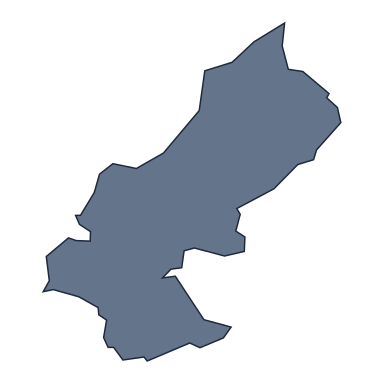 Vraneshtitsa, Vraneštica, North Macedonia
{"feature_id": "65306769B74199760072032", "entity_name": "Vraneshtitsa", "entity_type": "district", "adm_level": 2, "iso_a3": "MKD", "parent_name": "North Macedonia", "parent_adm1": "Vraneštica", "projection": "robinson", "projection_center": [21.041, 41.503], "detail": "fine", "context": "isolated", "style": "filled", "palette": "slate", "viewbox_px": 384, "rotation_deg": 0, "n_neighbors": 0, "source": "geoboundaries", "source_scale": "gbopen_adm2", "svg_char_len": 827}
<svg xmlns="http://www.w3.org/2000/svg" viewBox="0 0 384 384"><path d="M244.3,251.4L244.9,237.0L235.8,231.1L240.2,214.3L236.8,208.5L273.9,188.8L297.8,164.5L313.6,159.7L316.5,150.0L340.8,122.6L337.4,107.5L326.7,97.8L329.0,93.6L302.8,71.5L288.3,69.3L282.2,46.0L284.6,23.0L254.0,41.8L232.1,62.3L204.8,70.8L199.2,110.6L163.5,153.0L136.4,168.5L112.9,163.7L99.5,174.2L94.3,192.5L80.5,215.3L75.6,215.4L79.5,224.4L90.5,231.6L90.2,241.1L76.2,240.6L68.5,237.9L46.3,256.5L49.3,280.7L43.2,291.7L53.3,289.6L78.8,296.8L98.1,307.6L98.8,314.8L106.6,320.1L103.6,337.5L108.1,347.4L113.7,347.4L122.9,360.0L144.0,357.0L147.2,361.0L189.7,343.0L200.0,347.7L223.4,337.9L231.1,327.1L203.9,319.7L175.3,276.2L162.5,277.9L170.9,269.2L181.7,267.7L184.1,250.8L194.3,248.0L224.6,256.0L244.3,251.4Z" fill="#64748b" stroke="#1e293b" stroke-width="1.5"/></svg>